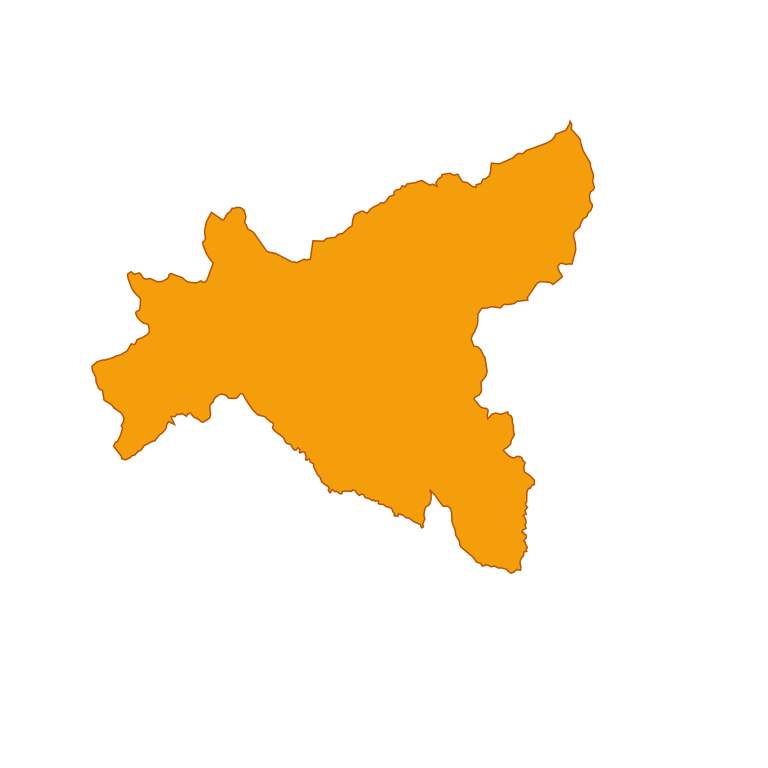 the district of Bac Tra My, Quàng Nam, Vietnam, rotated 338°
{"feature_id": "81297802B65636962466894", "entity_name": "Bac Tra My", "entity_type": "district", "adm_level": 2, "iso_a3": "VNM", "parent_name": "Vietnam", "parent_adm1": "Quàng Nam", "projection": "equal_earth", "projection_center": [108.196, 15.277], "detail": "fine", "context": "isolated", "style": "filled", "palette": "amber", "viewbox_px": 768, "rotation_deg": 338, "n_neighbors": 0, "source": "geoboundaries", "source_scale": "gbopen_adm2", "svg_char_len": 6159}
<svg xmlns="http://www.w3.org/2000/svg" viewBox="0 0 768 768"><g transform="rotate(338 384 384)"><path d="M309.0,164.1L306.0,166.5L302.4,167.4L296.9,171.7L295.7,171.4L288.3,160.2L280.0,167.2L274.7,175.4L273.0,182.1L271.2,183.9L269.1,184.5L268.3,187.4L268.2,196.9L269.5,203.8L271.0,207.8L259.1,221.0L256.6,222.5L254.9,222.3L252.7,219.7L248.2,220.1L240.8,216.3L238.8,213.9L237.0,210.1L227.9,201.8L225.9,201.9L223.8,204.5L222.2,205.3L216.7,205.8L213.9,205.0L212.0,204.1L206.7,198.6L201.7,197.3L200.5,195.6L199.4,190.2L198.3,189.2L193.6,188.9L191.7,185.2L187.7,185.9L186.9,187.2L186.2,191.3L186.0,201.4L187.2,206.5L189.8,212.6L189.8,214.9L185.8,222.9L184.6,224.0L181.5,224.0L180.3,225.4L180.2,227.2L180.4,230.4L182.2,234.8L184.1,237.8L186.6,239.4L187.6,241.1L186.8,245.7L185.7,247.9L183.3,249.5L177.2,250.5L171.8,250.3L168.4,253.7L167.1,253.7L164.6,252.1L158.2,257.1L150.5,258.2L145.5,257.6L142.8,258.1L134.0,257.2L131.6,256.2L126.0,256.0L120.1,258.0L119.6,258.8L118.7,262.6L119.3,269.8L117.8,274.3L117.8,280.7L118.4,282.6L120.2,283.9L120.5,284.8L118.4,294.2L123.5,300.8L124.8,305.4L129.2,312.0L130.0,314.3L130.0,318.5L128.7,321.0L124.7,324.2L125.0,326.6L124.4,328.0L120.3,332.9L115.4,337.4L113.0,337.4L109.9,340.4L113.4,352.4L112.9,355.0L115.1,357.0L116.4,357.4L121.1,357.3L123.5,356.0L126.3,356.5L130.2,354.6L134.2,354.2L138.5,351.3L148.0,350.4L150.3,350.9L156.4,347.2L160.1,346.4L164.3,344.2L166.0,342.7L167.4,340.1L170.1,338.2L174.6,343.0L174.2,336.4L174.6,334.4L177.9,336.0L180.7,334.6L183.2,335.8L185.8,335.7L188.6,339.9L191.2,338.1L193.7,338.7L195.4,343.6L198.6,347.0L200.4,350.5L201.9,351.7L209.7,350.3L212.0,346.8L213.6,340.5L215.0,338.1L218.9,336.6L221.1,334.1L223.4,333.1L227.5,332.2L229.6,332.4L233.3,335.3L234.6,338.9L240.4,341.6L242.5,341.8L247.3,339.2L248.8,339.7L249.5,341.3L250.2,348.0L252.6,358.6L254.7,363.8L256.3,366.1L261.1,369.4L264.6,376.6L266.7,379.1L266.2,380.5L264.3,382.4L264.3,384.2L265.0,386.4L270.8,396.1L270.8,399.7L271.5,402.7L274.8,405.1L275.4,410.2L276.2,411.8L278.0,412.3L280.1,410.7L281.7,413.7L280.0,415.3L280.2,416.3L283.9,416.7L285.0,417.7L284.7,422.2L282.8,424.8L283.9,425.8L286.7,425.3L286.5,428.7L288.6,431.5L287.9,434.8L288.4,443.1L289.9,447.5L289.5,451.1L290.7,453.7L294.1,458.6L294.0,460.3L292.6,461.3L292.9,464.3L293.7,464.8L295.6,462.7L296.5,462.5L298.0,465.5L300.2,466.0L301.3,468.3L303.1,469.9L304.0,469.7L305.1,468.2L307.1,468.3L313.6,471.4L315.3,470.5L317.5,472.2L317.8,475.0L319.3,478.1L321.7,477.7L323.0,478.3L323.7,479.5L323.8,481.6L325.1,483.3L326.9,484.2L329.4,487.7L330.9,487.5L331.7,489.3L334.8,490.1L334.8,491.1L334.0,492.5L334.5,493.5L338.4,495.5L339.8,498.2L344.4,501.8L344.5,506.3L345.3,508.3L344.1,509.5L344.4,510.3L347.4,511.8L348.9,509.7L352.7,513.1L354.5,516.6L357.0,517.5L359.8,522.5L365.0,527.9L364.9,530.6L365.3,531.6L366.8,531.3L367.8,527.9L371.2,524.6L372.1,519.8L376.1,513.9L381.1,512.7L384.2,509.0L386.7,503.2L386.6,498.9L389.4,505.6L392.7,518.8L393.2,519.6L397.5,521.2L399.0,524.5L398.5,528.6L395.4,537.3L395.2,546.0L393.9,551.4L395.0,557.9L394.0,561.9L394.4,564.2L401.6,577.8L403.2,583.9L406.4,586.4L407.0,589.7L411.9,590.2L414.8,593.6L418.2,594.2L421.4,597.7L423.5,598.2L428.1,601.5L429.7,605.6L431.3,607.2L434.7,606.9L437.1,605.7L440.7,607.8L442.2,605.4L443.2,600.6L444.1,599.1L446.2,596.9L449.1,595.4L450.6,592.2L453.7,592.6L453.8,591.0L455.7,589.1L455.2,585.9L455.7,583.5L454.8,581.7L458.4,579.8L459.2,577.7L458.9,576.6L457.8,575.8L457.8,574.2L456.4,573.2L458.2,571.4L461.7,571.1L462.0,567.3L463.5,566.4L464.5,563.5L464.6,561.6L463.7,558.5L464.8,557.8L467.1,558.1L467.4,554.0L470.9,552.1L470.0,549.2L470.2,548.0L472.2,546.5L476.3,537.2L478.9,535.0L480.5,535.6L482.7,533.6L485.8,533.5L487.4,529.5L484.9,523.4L481.3,518.2L482.6,513.1L485.4,509.8L484.1,507.0L484.1,503.7L482.4,501.9L480.5,501.0L476.8,501.2L475.3,500.4L472.7,497.2L469.8,490.5L470.7,489.6L475.0,488.8L478.8,487.2L481.0,483.8L485.7,480.0L486.8,475.0L488.2,471.9L488.7,467.3L489.8,464.6L490.0,461.6L488.1,459.0L488.2,456.3L480.9,455.9L476.8,452.8L472.9,452.4L467.2,455.1L467.7,452.3L470.7,447.6L470.7,446.8L469.7,444.8L467.5,443.9L465.0,441.6L461.8,432.0L462.3,431.0L464.2,430.2L468.4,429.8L471.0,427.8L472.1,426.2L474.6,418.7L481.2,414.9L484.3,411.2L487.6,397.0L487.0,395.4L486.5,388.1L484.6,384.4L481.4,382.5L481.7,374.9L484.5,371.6L487.4,369.7L492.4,364.5L494.4,361.3L497.1,354.5L502.8,350.4L508.0,352.2L512.4,352.5L520.7,357.1L523.8,355.4L525.9,355.2L528.3,356.7L534.7,358.2L538.4,357.2L548.8,360.1L549.2,358.0L549.8,357.2L563.5,348.1L565.1,347.7L567.6,347.8L574.1,350.9L576.3,352.4L577.9,355.0L589.2,351.6L589.7,351.0L588.7,345.0L588.9,339.9L592.7,338.3L593.8,338.5L597.6,341.4L600.2,341.8L603.2,343.3L612.0,331.6L614.2,325.0L615.2,317.6L616.7,315.1L617.9,314.1L624.3,311.8L626.7,308.6L630.5,305.4L634.5,304.9L637.7,301.7L640.7,300.5L643.6,297.6L644.3,295.6L643.5,291.5L645.1,286.2L647.3,283.3L651.1,282.2L652.6,280.7L653.5,273.7L655.3,271.5L656.6,268.0L656.9,260.0L658.1,256.5L656.0,242.1L656.7,234.0L657.5,231.2L656.6,227.1L653.1,218.0L655.4,213.3L654.8,210.2L653.7,212.1L647.6,216.9L637.0,216.6L633.3,219.7L629.7,221.0L625.3,221.6L603.2,220.8L599.2,222.5L595.1,220.6L591.5,221.2L588.4,222.6L575.8,223.1L573.0,223.0L566.3,219.5L562.3,226.9L559.5,230.5L555.5,231.7L552.2,231.3L549.2,234.4L544.2,233.8L542.7,236.0L540.0,233.9L536.5,228.3L532.8,226.1L531.9,223.3L531.1,217.1L527.6,216.8L526.1,215.9L524.2,213.4L516.2,211.5L514.8,213.5L511.4,214.2L507.8,216.7L507.3,217.5L507.3,220.7L503.9,216.8L501.0,216.9L495.2,209.4L487.7,208.9L480.4,207.1L477.4,209.0L475.1,207.0L472.2,209.4L468.5,208.7L465.7,209.3L463.9,212.4L459.0,212.2L453.7,215.7L451.2,216.0L449.2,214.7L446.6,215.6L440.3,216.0L437.1,216.7L432.2,219.4L429.2,215.8L427.5,215.3L420.3,215.8L416.7,219.8L413.4,225.6L410.2,225.9L401.9,229.0L397.5,228.0L394.0,229.8L385.0,227.5L381.6,229.0L371.8,224.6L362.4,240.9L359.8,239.9L358.7,240.3L356.9,238.4L348.4,238.8L347.0,237.4L344.8,236.8L331.9,221.8L330.9,222.0L330.4,220.9L326.9,218.8L324.9,216.6L320.3,196.4L319.2,193.3L316.1,189.7L315.7,188.3L315.9,185.4L315.2,182.0L318.7,177.2L319.3,170.6L317.9,167.7L316.4,166.3L313.3,165.0L310.4,165.0L309.0,164.1Z" fill="#f59e0b" stroke="#b45309" stroke-width="1.5"/></g></svg>